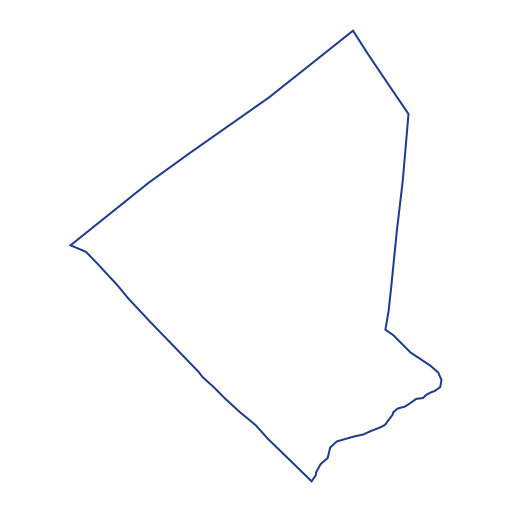 outline of Magta lahjar, Brakna, Mauritania
{"feature_id": "47542326B18376526841546", "entity_name": "Magta lahjar", "entity_type": "district", "adm_level": 2, "iso_a3": "MRT", "parent_name": "Mauritania", "parent_adm1": "Brakna", "projection": "mercator", "projection_center": [-12.791, 17.745], "detail": "fine", "context": "isolated", "style": "outline", "palette": "blue", "viewbox_px": 512, "rotation_deg": 0, "n_neighbors": 0, "source": "geoboundaries", "source_scale": "gbopen_adm2", "svg_char_len": 804}
<svg xmlns="http://www.w3.org/2000/svg" viewBox="0 0 512 512"><path d="M311.6,481.3L315.9,475.0L316.1,472.2L320.7,464.0L327.7,458.0L330.2,447.5L336.7,441.5L347.7,438.3L350.8,437.4L356.0,436.0L363.0,434.6L370.9,431.0L379.3,427.8L384.9,425.0L392.6,414.7L393.3,412.2L397.7,408.5L404.9,406.6L410.8,402.8L416.1,398.9L423.1,398.0L426.2,394.8L431.1,392.3L434.5,391.1L440.2,387.1L441.5,380.1L438.2,372.5L430.3,365.6L410.5,352.5L393.3,335.2L385.4,329.7L388.7,310.3L391.3,286.1L396.8,231.3L402.8,180.4L408.5,114.0L389.6,86.2L368.1,54.3L353.0,30.7L268.9,97.5L190.1,152.8L148.3,183.0L70.5,245.3L86.0,251.9L98.5,264.8L106.3,273.3L116.8,284.5L128.6,298.8L150.4,322.1L198.6,371.9L202.3,376.8L214.1,387.5L224.6,398.1L239.5,411.8L255.7,425.2L267.5,438.4L311.6,481.3Z" fill="none" stroke="#1e3a8a" stroke-width="2"/></svg>